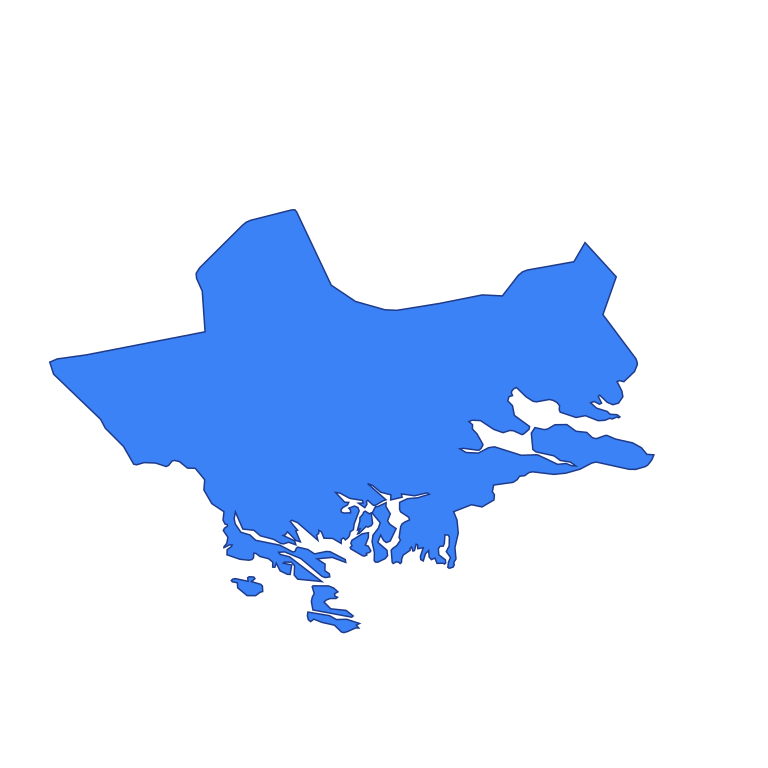 map outline of Nord-Trøndelag (Mercator projection), rotated 230°
{"feature_id": "NOR-925", "entity_name": "Nord-Trøndelag", "entity_type": "County", "adm_level": 1, "iso_a3": "NOR", "parent_name": "Norway", "parent_adm1": "", "projection": "mercator", "projection_center": [11.396, 64.165], "detail": "fine", "context": "isolated", "style": "filled", "palette": "blue", "viewbox_px": 768, "rotation_deg": 230, "n_neighbors": 0, "source": "natural_earth", "source_scale": "10m", "svg_char_len": 6177}
<svg xmlns="http://www.w3.org/2000/svg" viewBox="0 0 768 768"><g transform="rotate(230 384 384)"><path d="M615.6,142.0L613.2,149.9L597.9,174.3L539.0,280.5L572.0,304.5L585.4,308.3L589.5,311.2L591.5,317.4L596.6,377.9L596.5,382.5L595.1,387.2L576.7,425.2L574.7,427.7L572.0,427.7L493.6,407.1L465.6,415.2L440.4,432.3L432.2,441.2L410.1,478.2L389.1,516.5L375.4,531.3L380.9,556.6L380.9,562.1L379.2,567.0L355.6,608.1L363.1,628.9L316.8,630.8L296.4,596.3L241.3,593.2L237.9,591.9L236.0,590.5L232.5,583.9L231.6,569.2L235.2,566.6L236.1,564.1L225.7,561.7L220.7,558.8L218.6,551.4L221.0,546.0L226.6,543.2L236.8,542.1L236.8,540.2L229.5,538.4L230.0,536.1L235.6,533.7L236.8,530.2L228.9,531.3L219.6,537.3L215.4,537.8L210.7,542.8L207.2,543.6L207.2,542.1L209.0,541.2L210.5,536.4L212.6,534.9L214.2,529.9L218.2,524.5L230.3,517.9L234.9,509.6L249.1,500.9L251.7,501.7L254.6,504.6L258.7,504.6L262.8,503.0L265.8,500.8L272.3,489.4L274.9,487.1L282.8,484.6L296.2,483.2L296.9,480.2L296.5,477.5L295.3,475.9L292.5,475.0L294.0,471.6L291.5,468.0L284.8,468.5L276.2,463.7L257.8,468.2L256.1,466.0L255.9,461.3L256.1,458.0L256.7,457.1L265.0,453.1L267.6,450.4L270.2,443.9L278.7,438.9L293.9,434.4L299.5,428.4L300.7,424.8L295.9,425.7L292.7,422.8L286.1,423.2L274.5,421.0L273.6,420.5L272.3,417.0L272.1,414.6L273.4,412.9L283.7,403.5L285.6,400.4L278.7,402.9L270.4,411.9L268.0,423.2L264.8,428.3L241.2,443.3L231.1,456.1L210.8,465.4L206.1,472.3L200.4,475.5L198.0,478.3L204.5,476.5L212.1,469.9L219.8,468.0L234.3,456.8L238.1,455.9L251.6,465.2L253.6,471.6L246.2,477.3L244.4,480.2L242.9,488.8L235.4,498.0L224.4,500.7L216.6,508.2L208.9,509.1L205.7,511.4L202.2,520.7L201.2,521.8L193.1,525.9L178.9,536.7L169.8,540.2L161.1,540.2L156.3,545.2L153.9,540.8L153.0,537.4L152.4,533.8L152.7,531.3L156.7,522.1L160.9,517.1L187.9,496.3L189.9,492.3L192.7,479.5L198.8,466.0L205.6,456.0L221.2,441.4L223.0,438.1L223.3,433.0L226.2,428.5L225.1,424.4L225.7,419.6L236.1,403.1L231.9,397.8L228.2,397.4L224.5,393.7L226.8,380.1L235.3,373.4L241.4,355.3L232.7,352.4L222.0,345.0L213.0,333.1L203.7,326.7L202.4,322.7L200.3,321.6L199.3,319.2L200.9,315.5L202.6,315.1L206.1,318.9L208.3,323.4L215.6,324.0L218.0,329.8L224.8,335.7L227.0,336.0L229.3,333.7L223.1,327.8L221.7,325.1L223.7,322.7L222.8,319.7L217.9,316.2L209.8,318.0L207.2,316.2L207.2,314.6L208.8,314.0L212.5,309.3L217.9,311.1L219.0,307.4L222.4,307.4L227.7,311.1L227.3,306.7L223.2,300.3L225.9,299.3L228.5,301.0L233.4,308.8L236.1,304.0L239.3,306.4L240.6,305.6L236.8,300.3L237.4,298.8L241.4,300.3L241.4,298.4L239.8,297.0L240.6,288.8L238.7,285.2L236.1,282.7L236.1,280.9L238.1,280.7L239.9,279.0L240.6,275.6L242.2,275.7L252.1,282.7L252.4,285.2L252.0,290.0L253.8,296.2L256.6,296.8L264.0,305.1L265.2,307.8L264.9,311.2L263.5,316.2L265.9,317.3L275.4,314.5L278.0,315.4L283.3,319.9L281.0,328.4L275.2,336.6L270.4,347.9L272.9,347.1L278.7,335.6L288.6,326.7L285.6,325.1L290.9,314.6L294.6,318.1L303.2,311.9L313.4,310.1L318.3,307.4L294.0,311.1L295.1,308.2L296.6,299.4L298.2,297.8L305.3,296.8L305.3,295.0L302.9,293.7L301.6,289.8L309.1,287.8L306.2,291.5L308.7,292.6L318.3,284.3L328.8,280.1L332.0,277.2L318.7,277.9L316.0,280.9L314.8,278.3L315.8,273.0L315.3,270.1L313.3,269.0L310.8,270.5L306.8,275.6L309.0,277.3L311.5,277.2L309.5,282.9L306.2,284.6L302.8,283.4L295.9,271.1L292.1,267.0L292.5,263.1L290.0,260.0L289.3,257.5L289.4,254.2L292.1,254.1L292.5,251.5L289.4,248.7L298.7,245.4L304.5,238.9L310.8,241.0L313.8,240.0L311.5,238.0L311.5,235.2L306.8,232.9L333.2,228.7L338.9,225.8L338.9,223.8L327.5,223.8L328.2,222.0L316.8,218.5L320.6,216.0L332.8,215.1L332.0,211.3L332.8,209.4L321.3,214.7L317.5,213.1L324.1,209.2L326.0,204.4L328.2,202.4L335.9,199.6L347.2,191.7L355.6,190.3L363.6,182.6L381.5,187.9L377.2,182.7L372.5,180.1L362.4,179.1L354.5,184.3L346.7,185.3L327.5,200.6L313.9,206.2L313.0,208.2L314.5,211.3L314.5,213.1L306.2,219.3L298.5,221.6L292.8,232.2L290.2,234.9L274.4,241.5L271.9,240.0L284.4,232.9L293.1,220.3L283.9,223.1L279.0,218.7L273.7,220.1L271.1,218.5L273.5,214.5L276.7,212.8L303.6,208.1L319.2,200.0L322.8,195.1L320.1,195.0L312.2,200.6L272.6,209.4L290.0,192.4L295.4,192.4L302.3,198.7L307.0,198.5L311.5,193.5L311.5,191.7L304.7,197.0L298.4,189.7L300.4,187.6L307.6,184.3L316.0,186.3L313.8,182.6L315.3,181.0L319.0,184.3L324.3,183.3L331.6,178.1L336.5,177.0L338.1,175.5L334.8,172.4L334.4,170.0L335.8,167.3L342.3,161.0L354.1,153.9L357.9,157.4L357.6,162.6L358.2,164.2L360.0,162.5L361.5,156.2L362.1,156.6L363.0,161.1L366.9,165.9L375.0,166.7L376.1,169.1L375.7,172.6L377.0,173.6L378.9,172.2L383.2,173.2L389.0,179.3L403.1,175.2L418.6,177.9L425.9,185.1L440.8,185.2L445.9,179.4L456.1,177.4L460.2,174.3L461.2,172.0L460.1,166.7L460.8,164.1L470.3,158.2L478.0,149.7L481.1,142.6L483.5,140.7L503.6,144.3L529.3,142.1L539.1,144.2L603.9,137.2L615.6,142.0ZM277.2,287.0L280.1,291.9L292.7,292.0L295.5,298.4L294.1,300.5L291.7,309.3L288.9,306.7L280.5,305.4L276.9,298.8L272.8,298.3L265.4,300.3L259.7,287.8L261.1,283.8L264.3,283.1L270.4,284.3L266.7,277.5L254.7,279.4L250.2,276.4L249.5,272.7L251.4,265.0L252.8,263.1L254.9,262.9L261.2,268.4L270.9,273.5L275.3,278.4L277.2,287.0ZM255.5,197.9L246.0,198.7L235.0,209.4L226.1,211.3L226.1,209.4L256.6,184.3L264.0,188.5L266.8,192.0L268.4,195.9L274.9,198.7L275.0,199.9L265.0,211.7L260.1,214.3L254.4,215.1L255.1,211.3L252.9,210.1L250.5,211.3L250.5,209.4L254.3,204.8L255.6,201.0L255.5,197.9ZM227.7,204.2L216.3,211.3L217.1,207.8L213.3,207.8L215.4,205.5L217.7,197.2L219.3,193.5L221.4,192.0L231.1,191.0L241.3,183.2L249.0,179.1L249.1,175.1L252.0,174.5L255.7,176.3L258.2,179.1L241.5,193.4L234.2,196.1L227.7,204.2ZM330.0,140.6L331.7,140.8L331.7,143.0L330.4,145.1L320.2,153.1L323.2,155.0L323.0,156.9L319.8,160.2L317.8,160.0L317.8,156.2L318.5,155.0L309.8,160.8L307.4,161.0L303.0,157.7L304.1,155.2L304.4,149.6L309.9,143.1L321.9,140.9L326.0,143.9L330.0,140.6ZM284.9,259.0L283.2,271.1L280.1,276.5L276.5,273.4L272.6,266.2L269.9,267.7L264.6,266.7L264.3,264.8L265.6,261.5L264.0,260.9L264.7,258.5L266.0,257.3L279.2,252.5L280.6,253.1L280.5,255.4L283.4,256.3L284.9,259.0ZM297.1,279.6L297.9,284.3L298.9,285.9L298.7,287.8L294.0,289.4L293.5,291.3L284.4,285.6L283.7,283.2L284.7,279.7L286.4,278.7L285.5,269.2L286.1,267.5L288.9,273.5L288.6,271.2L289.1,269.7L294.7,277.6L297.1,279.6Z" fill="#3b82f6" stroke="#1e3a8a" stroke-width="1.5"/></g></svg>